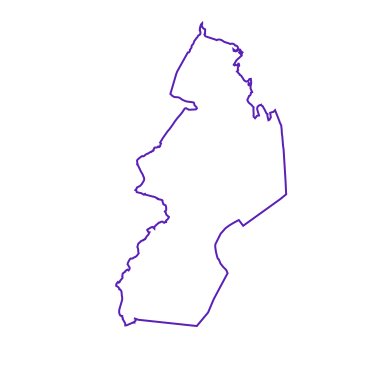 the district of Emiliano Zapata, Morelos, Mexico, rotated 32°
{"feature_id": "50627088B27811309734351", "entity_name": "Emiliano Zapata", "entity_type": "district", "adm_level": 2, "iso_a3": "MEX", "parent_name": "Mexico", "parent_adm1": "Morelos", "projection": "albers", "projection_center": [-99.198, 18.809], "detail": "fine", "context": "isolated", "style": "outline", "palette": "violet", "viewbox_px": 384, "rotation_deg": 32, "n_neighbors": 0, "source": "geoboundaries", "source_scale": "gbopen_adm2", "svg_char_len": 5873}
<svg xmlns="http://www.w3.org/2000/svg" viewBox="0 0 384 384"><g transform="rotate(32 192 192)"><path d="M114.5,75.9L115.0,85.6L115.6,97.8L116.1,100.3L121.7,120.3L124.6,120.9L126.7,120.8L128.3,120.0L129.7,119.2L131.5,118.7L132.2,118.7L134.9,118.9L138.8,118.3L141.5,117.2L144.9,115.6L145.9,115.3L146.6,115.5L147.7,116.7L148.0,116.9L148.9,117.2L150.8,117.7L151.8,118.4L151.5,119.9L145.8,123.9L142.5,124.1L141.6,125.2L141.5,129.6L141.3,131.6L140.4,137.5L140.1,140.8L139.9,146.2L139.6,150.7L139.1,153.7L138.7,162.1L138.8,163.8L138.7,165.4L138.8,167.0L139.4,167.0L140.0,167.2L140.1,168.4L140.7,170.1L140.6,170.6L140.3,171.4L140.1,171.5L139.4,171.2L139.2,171.3L139.2,171.9L139.1,172.1L138.5,172.9L138.1,173.3L136.9,174.0L136.7,174.3L136.8,174.8L136.7,175.4L136.9,175.7L136.9,176.1L137.4,177.1L137.4,177.4L136.7,177.8L136.6,178.7L136.4,178.8L136.2,179.1L136.1,179.8L135.6,180.1L134.5,182.2L134.3,182.9L133.9,183.2L133.3,184.0L132.7,185.2L132.5,186.5L131.7,187.6L131.3,187.9L130.8,187.9L130.4,188.5L129.8,189.9L128.7,193.3L128.7,194.3L128.9,194.7L129.7,195.6L130.8,197.3L131.0,197.3L131.0,197.7L131.4,197.7L132.0,197.9L133.3,198.8L135.4,200.1L137.8,201.7L140.4,203.0L141.9,204.0L142.5,204.6L142.8,204.7L143.7,205.3L144.8,206.6L145.0,207.3L145.3,209.4L145.2,210.3L145.2,212.2L144.9,213.8L144.6,214.6L142.9,217.4L143.3,218.7L143.0,219.9L143.0,220.2L143.6,219.9L144.9,221.2L145.2,221.4L146.5,221.0L149.6,219.9L150.2,219.8L152.2,219.9L152.7,219.7L153.0,218.6L153.8,217.8L152.9,218.8L152.9,219.2L161.4,216.6L162.2,216.2L163.9,215.9L165.3,215.8L165.2,215.9L166.9,216.1L169.8,215.0L171.1,214.7L171.6,214.9L172.1,215.8L172.5,216.2L173.7,216.9L174.2,217.6L176.7,217.3L178.4,218.9L179.7,221.0L179.8,221.6L179.5,222.0L179.3,222.9L179.8,223.1L180.1,223.3L180.4,223.4L180.7,223.4L181.9,224.6L182.6,224.9L184.8,225.3L185.7,225.4L185.8,225.6L185.8,228.3L185.2,229.6L185.2,229.9L186.0,231.2L185.5,231.5L185.1,231.5L184.9,232.7L184.0,233.0L182.9,232.7L181.9,233.3L181.2,234.1L180.9,235.0L180.3,235.3L179.4,238.1L178.8,240.4L178.6,241.9L179.2,242.4L179.5,243.0L177.1,242.5L176.9,242.6L175.9,243.9L174.1,247.5L174.1,248.0L176.3,249.1L177.3,248.7L177.6,251.2L177.2,253.4L177.1,254.8L177.3,256.6L177.1,256.7L177.2,256.9L176.9,257.3L176.7,257.3L176.6,257.7L176.4,258.1L176.4,258.6L176.0,258.7L175.7,259.3L174.6,261.0L174.7,261.4L173.8,264.3L174.8,267.6L176.0,268.4L177.3,269.8L177.9,271.0L179.3,272.3L179.0,275.3L178.5,276.9L177.7,277.9L177.1,279.3L176.5,280.2L175.3,280.9L175.0,281.6L174.9,282.1L175.0,283.4L175.0,284.5L175.3,286.5L175.7,287.5L177.2,288.1L178.1,288.8L178.8,288.9L179.5,289.6L179.9,290.8L179.8,292.1L178.3,292.1L178.0,292.7L177.4,294.3L177.6,294.9L176.4,297.9L177.3,299.7L177.5,300.5L178.1,300.9L178.6,301.7L178.1,305.5L178.3,306.2L178.3,307.0L177.9,307.7L176.9,307.5L176.6,309.4L176.7,310.3L177.0,311.0L177.5,311.8L179.0,311.7L179.9,311.8L181.7,312.4L181.8,313.0L183.3,313.0L184.0,313.2L184.7,313.6L185.2,314.1L187.6,317.3L188.6,318.3L189.5,319.7L190.0,320.8L192.7,330.3L193.6,332.1L194.2,332.9L194.9,333.6L195.8,334.3L196.9,334.8L198.5,334.1L198.9,334.9L200.2,335.6L200.4,336.4L200.9,336.6L204.8,338.7L205.5,339.6L206.1,340.5L207.2,339.7L210.9,334.3L211.1,333.9L211.7,333.8L212.4,333.3L211.8,332.6L212.3,331.4L212.1,329.5L209.7,329.8L214.2,328.8L267.1,303.1L269.5,285.7L267.2,271.2L265.2,242.0L262.4,240.0L258.1,239.0L254.1,237.6L250.5,235.0L249.1,234.8L247.0,233.0L243.7,229.7L240.6,226.0L239.5,223.8L238.4,212.2L239.2,207.6L239.3,206.4L239.7,204.7L241.3,200.7L243.0,197.3L245.9,192.0L246.6,191.0L253.3,193.5L270.4,151.8L273.1,144.1L265.5,133.1L247.0,107.2L244.6,104.4L239.2,97.1L237.4,95.0L235.0,91.6L232.3,88.2L229.4,86.4L229.3,86.2L225.9,83.6L219.1,78.6L218.7,80.7L216.3,83.4L219.3,86.9L219.3,88.2L219.5,89.4L218.8,90.6L217.9,89.8L215.3,87.1L215.0,86.7L214.9,85.9L214.0,85.8L213.5,85.9L213.2,85.7L209.8,83.6L206.6,81.9L206.3,81.7L204.8,81.8L204.5,81.8L204.3,81.5L203.0,83.0L202.8,83.6L202.5,85.1L202.9,86.4L203.3,87.1L204.3,88.1L208.3,91.6L207.0,92.7L206.7,93.2L206.6,93.7L206.6,94.6L206.4,96.0L204.4,95.5L203.8,94.8L203.5,94.1L202.8,93.0L200.0,88.9L199.8,88.5L199.5,87.6L198.0,87.2L196.6,86.7L192.5,86.1L190.2,84.7L190.0,84.2L189.9,82.3L189.4,80.5L189.8,80.0L190.1,79.1L190.1,78.6L189.6,76.9L189.4,76.5L190.1,75.4L186.9,73.3L186.6,72.9L185.9,71.7L185.4,70.6L183.5,71.4L182.7,70.7L182.3,69.4L182.8,69.6L183.1,69.6L184.7,68.9L183.7,67.0L182.4,65.6L182.0,64.9L180.9,65.7L180.9,67.3L180.3,68.7L179.5,69.6L178.8,69.7L177.0,69.7L174.1,68.2L173.6,68.1L172.2,67.3L170.2,67.3L169.6,66.7L168.8,66.7L167.9,66.4L167.3,65.9L166.3,66.0L166.5,64.0L165.8,63.7L165.2,62.6L165.0,62.1L164.9,61.7L165.0,60.4L165.0,59.7L164.7,59.3L163.6,58.4L163.2,58.7L163.4,59.3L163.4,59.7L163.1,60.6L162.6,60.9L161.7,61.0L161.2,62.0L160.0,62.0L159.9,56.7L161.8,50.0L161.1,49.7L161.1,48.4L160.7,47.8L160.8,46.8L159.9,46.7L159.9,49.1L158.1,48.8L158.0,46.1L157.8,45.9L157.4,45.8L156.9,45.8L156.1,46.5L155.6,48.3L154.9,49.2L154.1,49.8L152.5,50.2L151.6,49.1L153.0,49.3L153.7,49.1L154.3,48.7L154.7,48.1L154.9,47.7L155.1,46.6L154.9,46.0L154.6,45.4L154.1,44.9L153.0,44.4L152.3,44.4L151.8,44.5L151.2,44.9L149.6,44.4L148.6,44.5L147.9,44.7L147.2,45.1L146.8,45.4L146.1,46.2L144.4,46.4L140.4,47.5L138.9,47.6L137.4,47.5L136.0,47.6L134.8,48.0L134.2,48.3L133.4,48.9L132.2,50.3L131.7,50.2L127.2,51.3L121.1,52.8L120.2,52.6L119.7,52.3L119.1,51.8L119.4,51.1L119.3,50.8L119.1,50.6L118.7,50.5L117.9,48.6L117.1,47.3L116.5,47.0L115.5,47.3L115.0,47.3L113.0,46.5L112.0,45.6L111.6,44.1L111.2,43.5L110.9,45.1L111.0,46.0L111.5,47.3L111.6,48.0L111.8,48.0L111.8,48.4L112.1,48.9L112.1,49.3L112.3,49.7L112.8,50.1L112.8,50.5L113.1,50.7L113.1,51.0L113.9,51.4L114.4,51.9L114.9,53.0L115.3,53.3L115.2,54.7L114.4,56.0L114.5,57.8L114.3,59.2L114.1,59.6L114.2,60.6L113.9,62.6L114.4,64.6L114.6,66.1L114.2,67.6L114.4,68.7L115.1,69.8L114.9,72.6L115.3,73.0L115.5,74.1L115.4,75.2L115.1,75.6L114.5,75.9Z" fill="none" stroke="#5b21b6" stroke-width="2"/></g></svg>